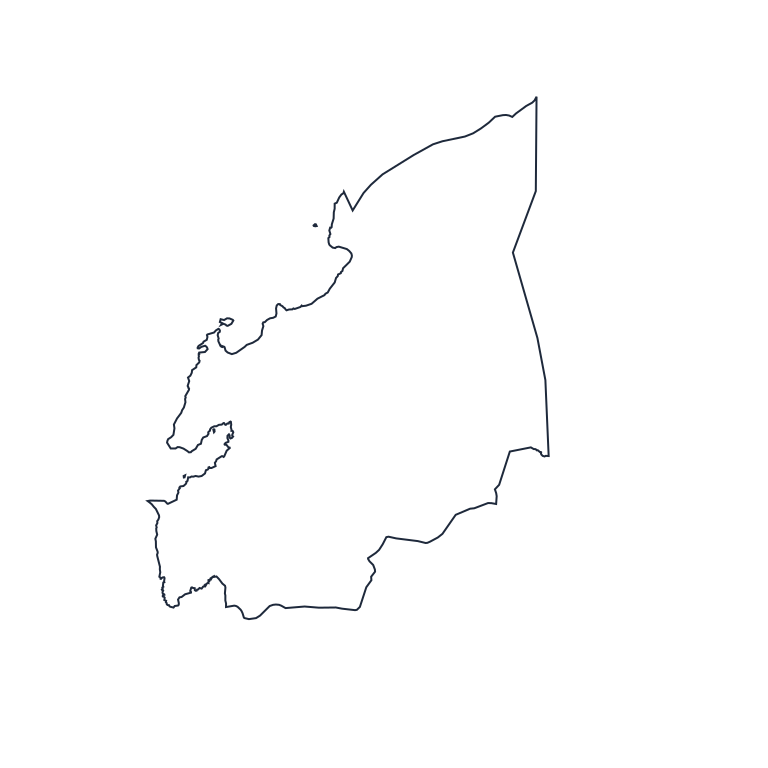 Kjósarhreppur, Höfuðborgarsvæði, Iceland, rotated 316°
{"feature_id": "244011B42175048354153", "entity_name": "Kjósarhreppur", "entity_type": "district", "adm_level": 2, "iso_a3": "ISL", "parent_name": "Iceland", "parent_adm1": "Höfuðborgarsvæði", "projection": "orthographic", "projection_center": [-21.584, 64.307], "detail": "fine", "context": "isolated", "style": "outline", "palette": "slate", "viewbox_px": 768, "rotation_deg": 316, "n_neighbors": 0, "source": "geoboundaries", "source_scale": "gbopen_adm2", "svg_char_len": 6110}
<svg xmlns="http://www.w3.org/2000/svg" viewBox="0 0 768 768"><g transform="rotate(316 384 384)"><path d="M452.4,550.2L502.8,493.3L526.3,457.5L568.0,379.0L627.2,350.7L693.3,283.3L689.3,284.6L686.1,284.6L679.5,282.8L667.0,281.1L661.8,281.0L660.5,277.8L658.7,275.3L656.3,273.2L649.6,268.9L641.0,268.8L631.2,267.5L622.3,265.6L614.1,262.2L594.7,250.0L585.7,245.6L564.4,239.9L528.6,232.2L513.0,231.6L502.0,232.4L482.0,237.4L488.7,217.8L487.3,218.6L485.0,218.1L481.4,218.7L476.0,220.8L473.8,220.0L470.3,223.6L467.2,225.6L462.7,230.0L457.4,232.9L455.3,234.8L454.6,234.9L453.9,234.1L451.3,235.6L449.6,238.9L447.9,239.2L446.9,240.4L445.3,240.4L442.5,243.7L441.5,245.7L441.4,246.7L441.8,250.2L443.3,252.3L444.9,252.5L446.9,253.8L451.0,261.1L451.4,264.1L451.2,267.4L450.2,269.2L449.0,270.3L444.3,272.2L435.0,272.3L432.6,273.8L430.8,273.6L429.9,274.3L427.0,273.3L425.6,274.3L423.2,274.4L419.1,276.7L411.2,277.8L407.1,279.1L404.6,278.4L402.9,278.7L395.4,276.4L387.6,276.0L382.3,273.5L379.1,271.1L379.2,270.4L377.3,270.5L371.9,268.0L371.3,266.7L370.0,266.7L367.4,264.4L365.1,263.3L365.0,262.3L365.3,260.2L364.9,259.3L365.0,257.5L364.2,255.0L364.6,254.2L363.4,253.0L361.4,253.0L358.9,254.6L355.6,258.6L353.0,260.2L350.3,259.4L347.7,257.6L344.4,256.7L341.2,256.7L340.0,255.8L338.6,256.3L337.4,258.6L333.4,260.8L329.9,263.8L324.2,264.5L318.2,263.1L312.4,260.5L309.5,260.5L299.4,258.9L295.3,256.8L293.4,252.7L293.2,249.9L294.9,246.8L294.9,246.2L294.2,244.8L293.5,245.2L292.9,244.3L293.0,242.8L294.3,242.8L293.0,242.6L294.5,238.3L295.6,236.9L296.6,236.5L298.3,233.3L300.2,232.1L302.1,232.4L303.0,231.7L303.5,230.2L303.2,229.3L300.4,228.7L297.5,228.9L291.4,225.7L290.6,225.8L289.7,227.5L287.2,229.1L283.6,228.2L282.2,228.8L277.1,227.8L275.3,228.3L274.8,228.9L275.6,230.0L278.4,230.4L281.9,232.2L282.2,233.9L281.8,235.5L281.3,236.4L277.4,236.6L272.9,233.0L271.8,233.5L271.8,234.2L270.9,234.3L270.0,235.6L268.8,236.3L267.6,238.1L267.5,239.2L266.1,240.1L262.2,240.1L260.5,241.6L255.6,240.7L253.5,242.4L250.5,243.5L247.5,243.2L245.9,246.6L241.4,249.0L241.0,250.6L240.6,250.8L240.5,252.0L239.6,252.7L232.6,254.7L231.9,256.0L230.5,256.6L228.5,259.2L223.7,261.9L220.6,262.6L218.1,263.9L211.2,265.0L204.7,267.2L202.5,270.3L197.2,274.3L193.9,274.4L190.4,273.7L188.6,274.5L187.2,275.5L185.8,282.2L189.3,285.6L191.7,286.0L193.1,287.5L194.9,291.2L196.0,295.8L196.2,297.7L197.7,298.9L199.1,298.8L203.5,299.8L207.8,298.6L210.8,299.8L214.1,297.6L216.8,296.9L220.5,298.5L223.2,297.9L223.6,297.0L224.5,296.5L226.3,296.7L227.4,295.8L229.4,295.5L232.5,296.5L234.1,298.0L236.9,298.7L239.1,300.5L241.4,300.6L241.8,301.0L241.5,303.0L241.8,303.5L244.0,303.6L244.8,304.6L246.3,304.0L247.5,304.4L247.6,304.8L245.8,307.2L243.9,308.5L242.4,311.2L241.7,311.7L242.5,312.7L242.1,314.0L239.4,315.2L238.8,315.9L239.0,316.9L237.5,317.2L235.8,316.6L235.7,315.4L237.3,313.7L237.5,312.5L235.5,312.5L233.8,314.1L232.8,316.6L231.9,317.5L229.2,316.3L227.5,316.5L227.3,317.0L228.4,318.3L228.1,321.5L228.8,322.5L228.6,322.9L224.5,322.7L218.7,325.1L217.9,325.0L217.7,323.8L217.1,323.2L211.2,322.0L209.6,322.9L207.6,323.2L205.8,326.1L201.6,324.6L200.5,323.6L200.6,322.4L199.8,322.1L199.0,322.9L197.7,323.1L196.0,322.3L193.1,324.0L188.9,323.5L186.3,321.8L184.6,319.3L182.5,318.2L181.2,316.8L179.5,316.4L178.3,315.1L175.4,317.2L173.8,317.0L173.4,317.7L172.0,318.2L168.9,318.1L166.3,316.2L165.0,316.3L164.7,316.5L164.7,317.1L161.8,317.6L160.7,319.3L157.8,320.3L154.5,323.2L145.3,320.1L145.0,319.5L145.1,316.6L144.6,315.2L134.8,305.4L132.7,304.0L133.1,306.3L133.4,309.2L133.1,312.4L133.1,315.4L130.9,322.2L129.8,323.6L127.5,324.8L125.6,325.1L124.4,326.6L121.9,327.4L120.8,329.3L119.9,329.6L118.1,331.6L116.2,334.8L112.0,336.5L110.6,338.7L106.5,343.1L104.7,347.3L103.9,348.3L102.2,349.1L101.4,350.2L95.9,359.8L94.0,361.6L92.3,364.0L88.5,366.6L88.7,367.9L87.5,369.6L88.6,369.0L90.7,369.5L91.6,370.3L91.3,371.2L88.7,373.2L88.3,374.0L87.3,373.5L84.8,375.6L84.4,376.6L83.2,376.4L82.8,377.3L81.4,377.5L81.3,378.1L81.8,378.7L81.7,379.2L80.1,379.8L79.3,381.0L79.8,382.7L79.6,383.1L78.2,382.5L77.5,382.8L77.3,383.2L77.9,384.3L77.8,385.4L75.9,386.8L76.7,388.6L75.5,389.4L75.5,390.5L74.7,391.6L74.8,392.7L75.7,393.8L75.3,394.9L75.5,395.7L77.3,398.6L79.2,398.3L82.0,400.3L83.0,400.2L84.2,399.1L86.1,396.0L88.7,395.4L90.4,396.6L94.9,397.1L100.2,400.0L100.7,399.6L100.8,398.3L103.9,396.6L104.6,396.9L104.7,397.7L106.0,399.4L104.7,400.9L104.9,401.9L105.7,402.5L106.7,402.1L107.6,402.7L109.6,402.6L110.7,404.5L113.1,404.1L114.4,405.0L115.1,404.8L114.9,404.4L115.1,404.1L116.2,404.1L116.5,404.3L116.1,405.0L117.7,404.5L119.2,404.7L119.5,405.3L121.5,403.1L122.2,403.5L121.5,404.0L121.7,404.4L124.3,403.3L124.9,403.5L124.6,404.1L126.6,403.6L128.1,404.1L127.6,404.6L129.8,406.1L129.8,409.7L129.1,415.3L129.5,418.7L128.5,420.3L124.1,424.1L123.0,425.9L119.5,429.5L117.9,432.2L115.4,434.7L122.3,439.4L123.3,440.8L123.9,442.5L124.1,446.7L123.8,448.4L123.0,450.7L121.0,454.6L121.0,455.4L123.5,459.3L129.3,463.5L133.9,464.5L147.5,464.3L150.8,465.8L153.0,467.5L155.1,469.9L156.1,472.1L157.5,476.8L172.3,488.9L181.8,499.7L194.1,511.3L197.7,516.4L206.1,526.6L207.6,527.6L211.8,527.6L230.1,517.9L238.6,516.4L240.9,513.7L247.2,512.8L248.6,511.1L250.5,506.7L250.4,501.5L251.0,498.9L251.5,498.2L260.8,499.8L265.2,499.9L271.7,498.4L279.3,495.8L281.2,497.0L285.5,503.5L299.2,520.5L303.5,527.3L304.9,528.4L307.6,529.4L316.1,531.8L321.9,532.4L344.7,527.9L359.3,533.5L362.6,536.1L376.1,541.9L378.4,544.2L381.3,548.2L387.1,543.0L388.9,540.4L390.6,536.8L396.8,536.5L427.6,520.0L445.6,531.6L446.5,534.8L447.5,535.8L447.9,536.8L447.8,537.8L448.6,538.4L448.9,541.2L449.6,541.9L449.6,542.3L448.6,543.0L448.2,544.1L448.2,545.9L449.2,547.7L450.4,548.0L452.4,550.2ZM316.7,227.7L313.4,226.9L311.5,223.9L309.0,225.4L309.9,227.8L307.9,228.3L310.3,229.1L311.3,231.2L311.3,232.6L312.0,233.6L316.0,234.7L319.7,233.7L319.8,232.8L318.4,229.5L316.7,227.7ZM443.5,221.0L443.3,221.5L444.1,222.8L445.3,223.6L445.9,221.8L445.4,221.1L443.5,221.0ZM229.1,300.5L230.4,298.9L230.2,298.4L229.5,298.3L228.2,300.6L229.1,300.5ZM175.7,312.6L177.5,311.5L176.0,311.0L175.1,312.2L175.7,312.6Z" fill="none" stroke="#1e293b" stroke-width="2"/></g></svg>